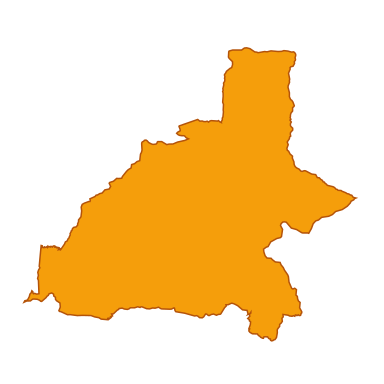 La Calera, Cundinamarca, Colombia (Natural Earth projection), rotated 272°
{"feature_id": "7082276B16624881870265", "entity_name": "La Calera", "entity_type": "district", "adm_level": 2, "iso_a3": "COL", "parent_name": "Colombia", "parent_adm1": "Cundinamarca", "projection": "natural_earth1", "projection_center": [-73.929, 4.707], "detail": "fine", "context": "isolated", "style": "filled", "palette": "amber", "viewbox_px": 384, "rotation_deg": 272, "n_neighbors": 0, "source": "geoboundaries", "source_scale": "gbopen_adm2", "svg_char_len": 5864}
<svg xmlns="http://www.w3.org/2000/svg" viewBox="0 0 384 384"><g transform="rotate(272 192 192)"><path d="M328.1,223.7L326.8,224.5L323.7,227.9L320.7,228.1L317.7,227.3L316.9,225.7L313.8,222.2L311.9,221.4L310.6,220.4L309.6,220.4L308.3,220.9L306.8,220.5L306.0,220.9L303.8,220.8L301.9,219.7L300.1,220.0L296.2,219.2L294.9,219.6L293.5,219.1L292.3,219.6L288.8,219.8L282.9,219.5L280.6,220.4L275.1,220.3L273.2,220.6L268.1,220.3L267.0,219.7L264.9,219.7L263.1,218.7L262.4,218.9L262.8,217.8L264.3,215.9L263.8,215.1L264.0,208.6L263.5,207.3L262.4,206.1L263.3,204.7L262.8,203.3L262.8,201.3L263.3,199.8L263.1,197.3L264.7,195.2L257.6,176.9L257.0,176.7L254.3,177.9L252.8,178.1L251.2,175.5L250.1,174.6L248.8,176.1L248.2,177.4L247.9,179.8L248.0,181.7L247.7,182.7L246.0,184.3L245.0,186.6L243.3,183.0L241.4,175.8L239.3,171.3L239.1,167.5L238.5,165.1L241.3,160.0L241.2,156.2L240.6,155.5L239.6,155.3L238.6,154.3L238.2,151.4L238.5,150.0L239.9,147.0L241.6,145.4L242.3,144.2L242.0,142.6L241.0,141.9L240.4,140.7L239.8,140.2L238.4,140.0L232.2,140.6L229.8,140.1L228.0,139.2L221.5,138.7L220.5,136.0L218.3,133.6L217.3,130.7L213.9,130.3L212.1,127.5L210.3,125.8L205.0,121.9L203.3,121.3L202.9,118.1L203.0,116.3L200.0,113.1L198.7,109.5L197.9,108.9L194.7,110.5L192.1,109.1L191.1,104.9L187.8,102.2L187.2,99.9L185.6,97.4L185.6,96.4L184.1,95.2L181.6,90.2L179.9,90.7L179.0,90.4L178.9,89.2L177.1,84.8L175.8,82.7L173.0,81.8L169.2,82.4L163.3,81.9L160.2,79.6L158.3,79.6L156.2,78.8L154.9,78.9L153.0,77.3L152.6,75.2L151.4,73.9L149.3,73.3L148.8,72.6L148.1,72.6L146.2,71.6L144.7,71.8L143.2,71.0L142.0,70.8L141.1,69.9L138.7,68.9L137.7,67.2L135.5,66.4L129.5,62.6L129.6,62.2L130.5,62.1L129.7,60.5L131.0,60.9L131.4,61.4L131.7,61.2L131.9,60.0L131.4,59.2L131.8,58.6L131.3,58.1L132.2,58.4L132.1,57.1L132.7,57.4L133.3,56.7L133.2,55.2L132.1,54.4L132.8,53.0L132.2,52.6L131.7,53.0L132.5,51.8L132.1,50.9L132.9,49.9L131.5,49.5L132.2,48.8L131.5,47.9L132.0,46.5L131.3,46.3L131.2,45.5L132.0,44.6L131.1,43.7L133.1,44.1L133.3,43.1L112.4,41.9L110.9,42.6L108.8,41.4L106.3,40.7L103.3,41.4L100.2,40.7L98.3,41.6L85.0,42.6L84.5,40.3L85.2,38.4L84.8,37.1L85.5,36.6L86.8,36.4L87.7,35.4L85.7,34.8L84.3,33.6L81.6,33.0L78.6,31.5L78.0,30.6L77.5,28.7L76.0,28.0L77.3,30.6L77.5,34.3L79.3,36.4L79.5,37.7L79.4,41.1L78.5,43.4L77.5,44.6L77.4,45.6L81.3,49.8L82.7,50.7L83.7,52.0L85.2,52.6L86.2,55.3L85.1,57.2L83.2,57.5L82.0,59.2L80.0,59.3L78.6,60.4L76.5,63.9L72.4,64.4L68.7,63.1L68.0,63.8L67.8,65.2L65.0,71.9L65.2,74.4L64.5,81.7L64.9,86.9L65.0,95.4L63.8,99.0L63.1,103.5L61.8,105.6L61.4,112.7L62.4,113.9L62.1,112.0L62.8,112.2L63.2,114.8L64.2,115.7L64.6,115.2L65.4,116.9L67.3,115.9L67.5,117.7L68.1,118.3L71.4,121.5L72.0,122.7L73.0,123.2L73.5,126.3L72.7,128.4L72.4,131.5L73.0,133.1L74.1,134.4L74.3,138.8L75.4,141.8L74.8,144.1L75.4,144.9L75.5,146.0L73.8,150.7L73.7,153.7L74.7,156.7L74.6,159.2L75.7,162.6L74.3,165.0L74.1,165.9L74.1,173.9L74.3,175.7L75.4,177.6L75.4,178.5L72.8,179.2L71.8,180.0L70.6,189.0L68.2,198.9L68.6,200.9L68.1,202.2L66.7,203.9L66.6,206.6L67.6,208.0L70.5,209.8L70.5,210.9L69.2,212.6L69.1,213.5L70.3,215.7L70.8,217.8L69.7,220.7L70.6,222.7L70.8,224.5L71.3,225.1L77.5,228.6L79.4,230.3L80.5,229.9L80.6,232.0L82.2,235.3L82.2,236.0L81.7,238.0L80.0,241.6L76.0,246.6L75.6,251.2L71.8,252.3L71.5,252.1L72.4,254.1L73.9,255.0L73.0,255.0L71.8,253.6L69.8,254.1L67.5,252.1L66.4,253.8L65.3,253.8L64.3,255.1L61.4,254.9L57.3,253.6L57.1,254.4L55.9,253.7L54.9,253.8L53.7,254.9L52.4,257.3L52.4,262.3L50.8,263.5L50.5,264.4L49.2,265.7L48.3,267.7L48.3,268.5L49.8,269.0L49.9,272.6L48.4,273.7L47.8,274.7L47.8,275.5L46.5,275.7L46.0,276.8L46.3,278.0L47.0,278.8L47.4,280.1L49.5,281.5L54.4,282.2L57.0,282.0L58.2,282.4L60.8,284.3L62.7,284.2L64.2,285.8L65.9,286.8L68.9,286.3L70.4,287.5L72.8,287.2L72.2,292.4L71.5,293.8L71.3,296.4L71.9,297.6L71.4,299.1L72.7,299.6L72.7,300.4L72.1,301.2L73.0,302.5L72.3,303.3L72.3,304.3L72.7,304.9L74.5,305.3L75.0,305.9L76.1,305.9L80.0,303.6L85.4,303.9L86.8,302.2L88.8,301.3L91.4,300.9L92.6,299.5L98.1,299.8L99.4,298.0L98.6,296.3L98.9,295.4L99.6,294.8L105.3,292.1L110.8,291.3L112.6,290.5L117.2,287.1L119.6,285.9L122.4,283.5L124.7,282.5L125.0,277.7L127.3,274.5L128.5,273.4L128.6,269.3L130.8,267.3L134.6,265.9L137.4,265.5L139.5,268.2L140.1,269.9L144.9,272.4L148.5,278.4L149.5,282.0L150.6,283.0L157.8,283.8L161.6,281.6L163.3,282.1L165.1,283.7L165.4,285.6L165.1,287.3L159.4,292.5L158.1,297.9L155.2,303.0L154.9,304.1L155.1,309.1L154.8,310.1L159.6,312.6L164.5,314.2L167.4,316.6L168.4,319.4L171.2,322.5L172.5,329.5L174.4,333.2L177.5,336.2L179.7,342.8L183.2,347.7L186.6,350.6L188.3,351.3L189.8,353.9L191.1,354.7L191.7,356.0L192.3,353.3L194.4,351.7L194.5,350.5L195.5,348.8L195.8,347.0L196.6,345.8L198.0,341.9L198.7,340.9L198.8,337.9L199.7,336.9L199.9,335.7L201.4,334.4L202.2,332.8L203.4,327.0L204.6,326.0L205.3,324.7L206.5,324.0L206.7,322.7L208.2,321.9L209.1,320.2L210.6,318.8L210.8,316.7L213.7,315.0L214.1,311.0L217.1,304.8L217.2,303.4L216.4,301.3L216.8,299.9L218.5,298.4L219.8,295.6L221.1,294.1L223.2,293.1L225.7,292.8L229.4,291.1L231.3,291.2L233.5,288.6L236.2,287.1L237.0,285.8L239.0,285.3L242.6,286.5L245.3,285.4L248.5,287.4L250.5,287.7L251.3,288.7L253.4,288.2L254.9,288.4L257.4,290.5L259.3,290.4L261.0,288.5L262.1,288.0L263.8,288.0L265.4,288.8L267.3,287.4L268.1,288.3L269.8,287.4L270.5,287.7L272.4,287.7L274.2,288.1L276.4,289.7L279.8,289.6L281.0,290.9L281.9,291.2L285.5,289.7L287.0,288.6L287.9,287.3L290.6,286.0L294.6,285.9L300.0,284.3L301.5,284.4L305.2,285.7L306.3,285.4L308.2,285.7L314.1,284.3L318.2,285.8L319.7,285.6L320.6,286.4L321.2,288.6L324.0,290.0L325.8,289.7L327.3,290.7L328.3,290.8L329.7,290.3L331.9,290.9L333.3,290.8L334.6,290.0L335.6,288.8L335.3,286.5L336.2,282.9L336.5,278.9L335.7,276.7L335.4,273.2L335.8,266.0L334.7,262.1L334.9,259.6L333.5,253.1L334.0,252.0L334.2,249.8L337.3,244.9L338.0,241.6L337.7,239.3L335.6,236.6L335.3,227.7L334.2,224.2L333.4,223.8L328.1,223.7Z" fill="#f59e0b" stroke="#b45309" stroke-width="1.5"/></g></svg>